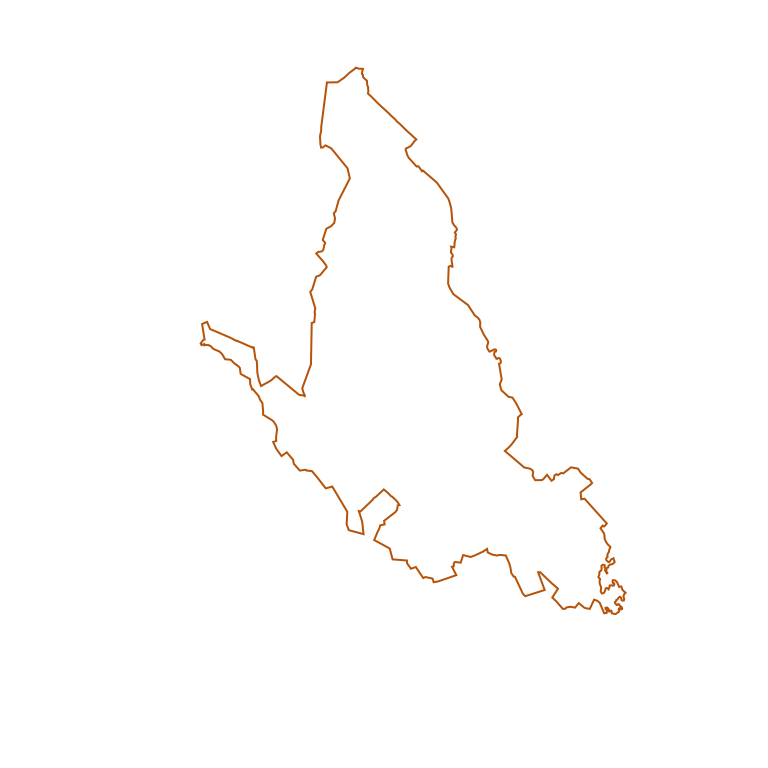 Pušas pag., Rezeknes, Latvia (Robinson projection), rotated 247°
{"feature_id": "27541924B59366467531122", "entity_name": "Pušas pag.", "entity_type": "district", "adm_level": 2, "iso_a3": "LVA", "parent_name": "Latvia", "parent_adm1": "Rezeknes", "projection": "robinson", "projection_center": [27.179, 56.243], "detail": "fine", "context": "isolated", "style": "outline", "palette": "amber", "viewbox_px": 768, "rotation_deg": 247, "n_neighbors": 0, "source": "geoboundaries", "source_scale": "gbopen_adm2", "svg_char_len": 6105}
<svg xmlns="http://www.w3.org/2000/svg" viewBox="0 0 768 768"><g transform="rotate(247 384 384)"><path d="M510.3,245.4L510.3,240.0L495.0,236.2L495.0,234.6L493.0,231.1L491.2,231.2L491.3,232.0L490.9,232.5L491.0,234.1L489.8,233.8L489.7,234.8L488.3,237.8L486.0,239.5L482.9,240.7L478.2,245.2L474.6,246.7L468.9,247.4L466.5,251.9L465.8,252.6L461.9,254.1L457.2,256.9L455.2,257.6L449.3,256.0L440.8,262.6L436.3,260.8L430.4,260.5L430.4,261.3L421.8,263.9L418.0,263.8L413.9,264.6L405.9,262.0L403.1,260.7L394.7,266.6L392.3,267.8L387.7,268.5L384.0,267.8L376.9,263.7L373.7,262.6L373.9,259.3L366.6,259.5L357.7,261.5L359.1,267.8L349.7,270.7L345.8,269.8L337.2,272.7L335.7,278.4L334.6,278.9L332.0,283.6L325.4,285.7L310.7,289.6L309.8,296.3L280.7,300.3L269.5,294.8L263.2,294.5L253.8,306.5L265.7,310.1L276.9,311.2L275.9,312.6L281.9,328.5L283.0,330.0L283.3,332.4L287.0,342.6L281.9,345.2L277.8,346.7L277.5,347.3L273.5,349.1L270.3,350.3L266.5,350.9L266.9,349.2L263.1,346.9L261.7,344.5L258.0,330.6L254.5,329.7L255.4,325.4L252.4,322.8L251.2,321.2L244.2,314.0L230.3,325.0L219.2,323.4L212.6,336.1L209.9,335.2L203.4,336.6L203.1,341.8L190.0,344.3L190.1,346.7L186.0,352.6L182.1,352.3L181.1,356.9L179.8,375.9L189.2,375.2L188.9,376.8L189.3,377.3L190.9,377.8L192.2,378.9L192.4,379.8L189.6,384.8L195.6,390.0L190.9,396.2L190.7,400.1L191.0,409.3L191.9,414.4L188.4,413.7L184.7,416.9L181.9,421.2L181.5,423.7L178.6,429.1L170.0,429.2L165.3,428.6L160.3,427.3L156.0,428.1L155.4,429.2L136.6,429.9L133.5,431.1L131.6,451.4L150.5,452.3L149.9,454.1L134.5,460.8L127.6,464.2L121.7,455.5L115.9,457.9L107.0,460.8L106.3,463.2L107.0,464.6L106.2,468.4L103.5,472.5L106.2,477.7L100.1,480.8L98.8,482.0L96.6,485.6L103.4,493.2L100.9,495.8L98.2,497.1L86.9,497.1L86.3,499.6L88.5,500.7L90.2,500.2L91.3,500.3L91.4,501.2L91.1,502.0L90.6,502.3L88.8,502.8L88.2,502.8L87.4,502.3L86.6,502.3L86.3,503.7L86.7,504.1L86.7,504.4L85.8,504.7L83.9,504.2L81.9,506.8L81.8,507.7L82.7,511.5L83.5,511.9L84.8,511.9L85.5,512.6L85.6,514.1L85.2,514.2L84.8,513.7L84.2,513.8L83.9,514.1L83.9,515.3L84.5,515.6L86.1,515.5L87.4,514.6L89.6,514.1L89.8,513.9L89.5,513.2L89.7,512.9L89.5,512.2L89.7,511.8L92.0,511.0L93.1,511.3L93.2,512.3L94.5,513.6L94.3,514.0L94.5,514.8L95.6,516.4L96.0,517.9L94.9,518.6L92.0,518.3L91.5,518.8L91.0,520.1L91.9,521.0L92.8,521.3L94.0,521.1L95.5,521.8L96.9,523.4L97.3,524.8L97.6,524.9L98.4,524.2L101.8,523.0L104.8,523.4L105.2,522.7L105.4,521.9L105.2,521.6L105.4,521.1L110.4,521.1L112.8,520.2L114.0,518.2L113.8,517.6L111.5,516.9L111.2,517.1L110.9,517.8L109.8,517.9L109.4,517.2L108.7,516.9L108.9,515.8L109.6,515.2L110.4,513.1L110.2,512.8L108.9,512.2L107.3,510.5L108.6,510.0L109.3,509.0L109.3,508.3L106.3,505.7L105.7,504.3L106.1,502.7L108.4,502.4L111.8,504.4L116.0,504.6L118.0,505.2L119.8,506.6L120.4,506.7L121.4,506.0L122.6,506.0L124.7,508.0L126.3,508.4L127.6,510.3L127.4,511.0L128.1,511.6L129.3,512.4L131.4,512.9L132.0,513.8L132.1,514.3L131.7,515.7L131.1,516.3L130.2,516.2L129.2,515.3L127.3,515.8L126.2,514.6L122.6,515.1L122.6,515.6L123.1,515.8L124.3,515.3L127.4,516.8L127.7,517.4L127.5,518.6L128.8,519.6L129.3,520.7L129.4,521.5L129.0,524.1L129.3,525.3L129.7,526.4L130.5,527.0L131.5,526.7L133.9,527.2L133.7,524.3L132.4,522.6L132.1,521.5L132.6,520.9L135.1,519.8L135.6,519.9L136.7,520.5L137.4,521.6L137.3,522.1L137.5,522.3L139.3,522.7L140.6,524.0L141.3,525.2L143.9,527.0L145.1,528.6L145.6,528.7L148.9,527.3L152.3,526.6L154.9,526.6L156.9,527.1L157.8,527.7L159.4,527.8L160.2,528.2L166.6,526.9L168.2,530.0L166.9,530.8L167.1,531.8L168.5,534.6L200.0,523.8L200.8,520.5L207.4,522.6L210.6,534.5L211.6,536.9L216.1,536.0L217.1,534.4L225.3,530.5L230.3,529.5L234.2,523.6L231.7,514.1L232.9,512.2L232.2,508.5L233.6,507.4L233.2,505.2L230.0,503.2L229.5,500.4L236.7,498.6L234.1,493.4L233.9,491.6L236.4,485.6L241.2,484.9L244.8,487.0L246.5,486.9L248.3,485.9L249.5,484.7L252.3,480.5L275.2,469.1L276.7,473.7L278.5,477.8L283.3,485.9L285.2,486.5L298.9,493.5L301.0,494.3L302.2,497.8L302.4,499.0L314.8,498.1L321.3,496.9L323.6,493.6L332.5,489.6L338.6,490.5L342.1,494.1L357.7,497.8L357.7,499.2L358.0,499.7L358.8,500.4L359.6,500.5L362.1,500.7L363.3,499.3L363.0,497.8L363.2,497.4L367.5,496.7L368.3,496.9L370.4,498.3L370.2,499.7L371.2,500.5L371.7,500.5L372.3,500.1L372.8,498.8L372.5,495.4L372.6,493.7L376.4,493.0L378.7,493.8L381.4,496.2L383.1,496.4L391.2,495.1L399.2,494.8L402.8,496.6L405.9,497.0L408.6,496.1L411.8,494.3L423.8,492.2L439.5,483.0L447.3,482.0L450.7,482.2L451.5,482.3L466.7,489.4L466.8,491.1L466.7,491.5L465.3,492.4L465.2,492.9L472.1,494.7L473.8,495.6L474.5,497.1L475.4,497.6L476.6,497.6L479.0,497.0L482.9,499.3L484.2,499.4L482.4,502.1L487.5,504.8L490.1,507.0L491.7,507.3L493.5,508.7L495.8,508.4L497.5,511.5L497.8,511.6L499.5,511.6L503.4,510.4L506.0,510.1L519.5,514.5L525.5,515.4L528.2,515.6L529.9,515.6L548.9,511.3L565.3,503.2L565.0,502.1L571.0,500.8L571.4,499.0L582.6,495.1L585.1,494.9L591.4,495.5L592.0,495.9L592.3,496.9L592.3,498.9L592.6,501.7L595.7,507.1L596.5,509.3L608.9,503.6L617.6,500.0L620.5,498.5L622.9,497.8L629.5,494.8L630.4,494.6L643.2,488.7L654.3,484.3L657.5,482.7L660.4,484.4L661.5,484.5L663.5,485.5L664.2,485.2L666.1,485.5L669.8,486.8L673.4,485.1L674.8,484.7L677.0,485.3L677.9,484.9L679.1,485.3L681.6,487.2L682.1,487.8L682.3,487.8L684.3,483.7L686.2,481.7L685.8,481.2L684.0,473.8L681.6,467.4L679.9,459.0L683.9,449.3L645.2,426.7L641.5,425.0L637.1,421.9L629.4,419.1L626.1,418.5L625.6,420.0L626.5,423.4L621.6,427.5L596.8,434.7L586.6,432.9L570.7,413.9L561.8,406.9L561.8,406.3L561.0,405.3L560.8,404.5L555.5,403.6L551.8,401.2L550.0,397.3L549.4,391.5L540.5,383.9L537.0,385.0L536.2,384.5L535.5,383.5L531.8,381.0L530.8,379.8L530.4,378.8L530.5,377.8L531.3,375.1L530.6,372.6L520.3,376.0L515.4,377.1L513.9,376.9L509.2,367.7L509.2,363.4L499.2,355.0L497.6,352.1L480.5,350.3L476.9,348.0L475.7,348.0L468.2,344.0L468.4,341.3L430.7,324.5L412.0,307.1L407.8,306.5L404.0,306.6L403.8,306.3L404.5,306.0L407.2,301.6L433.3,288.1L433.2,286.8L431.6,281.9L431.1,279.1L430.2,270.0L436.3,270.3L443.5,271.7L454.8,275.9L457.1,275.4L468.5,278.4L468.8,278.1L468.2,277.8L480.8,266.0L480.6,265.9L483.5,263.0L483.8,263.1L486.7,260.6L502.5,245.4L510.3,245.4Z" fill="none" stroke="#b45309" stroke-width="2"/></g></svg>